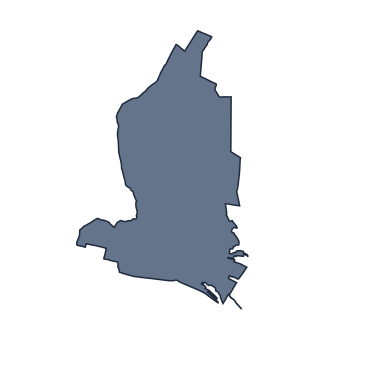 Roscani, Iasi, Romania (Equal Earth projection), rotated 47°
{"feature_id": "2599482B5254069249986", "entity_name": "Roscani", "entity_type": "district", "adm_level": 2, "iso_a3": "ROU", "parent_name": "Romania", "parent_adm1": "Iasi", "projection": "equal_earth", "projection_center": [27.437, 47.451], "detail": "fine", "context": "isolated", "style": "filled", "palette": "slate", "viewbox_px": 384, "rotation_deg": 47, "n_neighbors": 0, "source": "geoboundaries", "source_scale": "gbopen_adm2", "svg_char_len": 6027}
<svg xmlns="http://www.w3.org/2000/svg" viewBox="0 0 384 384"><g transform="rotate(47 192 192)"><path d="M80.8,123.9L80.8,126.3L82.3,130.2L82.8,132.0L83.7,134.3L84.6,136.0L86.3,140.3L86.6,140.2L86.9,141.3L87.0,142.4L86.9,145.0L86.4,147.4L86.2,149.6L86.0,151.6L86.0,153.8L86.5,157.7L86.2,159.5L86.3,163.7L86.2,166.1L85.9,167.6L85.7,168.1L83.7,170.8L83.3,171.6L82.7,173.0L81.3,178.3L80.4,182.6L80.4,183.1L80.6,183.8L80.9,184.9L81.3,185.7L83.3,192.1L83.4,192.3L84.2,193.6L85.2,195.8L85.6,196.2L88.2,197.5L89.2,198.5L89.9,199.0L91.9,199.7L93.2,200.3L94.0,201.0L95.0,202.2L96.3,204.2L97.4,205.2L97.9,206.1L99.8,207.9L101.8,209.3L104.3,211.0L112.3,217.9L113.2,218.6L117.3,221.0L121.0,223.1L123.0,224.4L123.7,224.8L126.6,227.3L129.9,228.9L131.5,229.9L132.6,230.4L134.9,231.7L136.3,232.4L138.2,233.4L140.2,234.8L141.7,235.7L142.1,235.8L142.7,235.8L145.3,235.3L145.9,235.1L146.6,234.7L146.9,234.6L147.2,234.6L148.1,234.8L148.4,234.9L148.9,235.3L149.6,235.4L150.0,235.3L151.1,234.9L151.4,234.9L152.5,235.3L153.7,236.1L155.6,237.0L157.7,237.7L159.3,238.3L159.8,238.5L160.9,238.6L161.0,239.2L161.1,239.6L161.5,240.2L161.9,240.7L163.4,242.0L164.0,242.6L165.7,243.7L166.9,244.3L169.1,245.7L170.0,246.4L170.8,247.8L171.2,248.6L171.6,249.0L172.1,249.1L172.6,249.3L173.4,250.8L173.5,251.4L173.2,251.8L171.8,252.9L171.7,253.1L171.3,255.3L171.3,256.0L171.3,256.4L171.1,256.8L170.6,257.2L169.8,257.8L169.6,258.0L168.6,260.3L168.2,260.9L167.0,261.9L164.5,263.4L164.1,263.8L164.0,264.2L163.8,265.3L163.3,267.1L163.3,267.5L163.9,269.9L164.8,272.5L164.9,272.9L164.7,272.9L161.0,273.5L159.8,273.6L158.8,273.6L157.8,273.3L155.8,274.1L153.9,275.0L152.8,275.6L150.5,277.3L148.8,278.2L147.3,278.8L147.0,279.1L146.8,279.3L146.1,281.9L145.8,283.3L145.5,285.8L145.2,287.2L145.2,287.5L144.8,288.9L143.3,295.0L143.5,297.2L143.3,299.4L143.3,300.1L146.5,303.3L147.2,304.1L147.9,305.7L148.3,306.4L148.8,307.5L149.1,308.3L150.4,310.7L150.9,311.3L151.4,311.8L151.9,312.1L152.8,312.3L156.5,309.6L159.6,307.7L157.8,304.6L161.9,301.7L162.8,301.1L165.7,298.9L169.1,296.7L170.9,295.4L173.1,294.1L174.7,293.2L177.7,297.3L179.2,299.7L179.8,300.8L180.6,302.0L180.9,302.1L181.1,302.0L183.5,300.0L184.9,299.1L185.9,298.7L187.4,297.7L191.1,295.1L192.5,294.2L194.0,294.9L194.5,295.2L194.9,295.8L195.5,296.8L196.0,297.0L196.6,297.4L198.7,298.2L200.3,299.1L201.2,299.8L202.3,299.1L204.6,298.0L206.1,297.0L208.9,295.4L210.0,294.6L211.4,293.7L213.6,292.5L224.5,283.4L225.9,282.1L227.0,281.2L228.3,280.1L241.1,269.4L244.1,266.2L245.1,264.3L246.3,263.2L250.0,262.2L268.6,253.9L272.9,252.3L274.7,251.8L276.3,251.4L282.0,250.4L290.7,248.6L290.4,248.0L290.1,247.9L288.3,248.2L285.7,248.4L282.5,248.3L280.2,248.5L277.4,248.5L275.9,248.9L275.5,248.1L275.3,247.6L276.3,247.3L277.2,247.2L285.1,246.8L287.1,246.8L287.0,246.4L286.7,246.1L284.2,246.0L276.2,246.6L275.4,246.7L273.6,247.3L271.5,248.2L271.2,247.2L271.0,246.8L270.8,246.7L269.5,246.7L268.5,246.9L266.0,247.8L265.6,247.8L265.1,246.3L266.8,245.9L266.4,245.1L266.7,244.5L267.3,244.1L267.7,244.0L270.5,243.9L271.0,243.8L271.5,243.6L271.9,243.3L272.3,242.5L272.6,242.2L273.5,241.5L276.3,240.7L277.7,240.6L278.4,240.5L280.4,241.9L280.5,242.0L280.8,241.9L282.4,241.4L283.6,241.3L284.0,241.4L284.7,241.8L286.5,241.9L287.3,242.0L288.3,243.0L288.8,243.2L294.7,245.4L293.5,240.7L291.8,235.8L291.7,235.1L295.0,235.7L296.3,235.6L297.9,235.2L300.6,234.9L302.9,235.5L310.7,235.6L310.6,235.3L308.0,235.4L305.4,235.3L303.4,235.4L300.6,234.8L298.1,235.0L295.8,235.4L295.0,235.4L292.7,235.0L291.2,229.6L290.2,226.6L288.7,221.2L284.8,222.6L280.2,224.2L279.9,223.9L279.5,223.0L279.6,222.7L279.5,222.4L279.4,222.3L278.8,222.3L278.7,221.8L278.7,221.6L281.5,220.7L281.4,220.0L285.5,218.4L287.0,217.9L287.1,217.6L286.9,217.4L286.9,217.2L287.3,217.0L286.0,209.9L284.4,203.2L277.9,205.5L276.9,205.9L271.7,209.0L271.6,208.0L271.3,207.5L270.9,207.2L270.6,207.1L267.8,208.9L265.7,210.4L264.9,210.8L264.5,210.1L269.1,207.1L267.4,204.9L267.5,204.7L268.1,204.3L269.3,203.5L269.4,203.4L269.2,202.8L269.2,202.6L269.3,202.4L270.9,201.1L274.1,198.2L272.8,196.6L273.3,196.2L274.2,195.8L276.3,195.2L277.1,195.1L277.0,194.8L275.8,194.5L275.0,194.5L272.8,195.3L271.1,195.6L270.8,195.5L270.4,195.1L270.2,195.0L268.9,196.0L268.0,196.7L266.1,198.6L265.9,198.9L265.6,199.8L265.6,200.1L265.6,200.4L266.0,201.2L266.1,201.4L266.0,201.6L264.8,202.5L264.5,204.7L264.2,205.3L263.0,206.2L262.3,206.6L261.5,205.4L260.6,204.4L259.5,202.6L259.6,202.4L260.6,201.8L261.3,201.2L261.2,201.0L261.1,200.6L260.8,200.1L260.2,199.3L260.7,198.7L260.9,197.8L260.7,196.6L260.8,196.1L261.1,195.7L262.4,194.4L262.5,194.2L262.5,193.8L262.3,193.5L261.5,192.6L260.9,192.0L260.3,191.6L259.3,191.0L258.9,190.9L257.8,190.7L257.0,190.5L256.6,190.3L255.2,190.3L254.9,190.3L253.9,189.8L253.6,189.8L252.7,190.0L252.0,190.0L251.8,190.0L251.0,189.3L250.8,189.3L248.5,190.3L247.4,189.5L247.2,189.3L247.0,188.8L246.5,188.0L246.3,187.7L246.9,184.9L247.7,184.4L248.0,184.3L248.6,184.3L249.0,183.4L247.9,183.1L247.2,182.7L241.3,182.4L240.9,182.3L240.5,182.1L240.1,182.5L239.4,184.0L239.1,184.2L238.1,184.4L237.9,184.4L237.7,184.1L237.3,184.1L236.8,183.9L236.6,183.8L236.0,183.9L235.1,183.4L233.6,182.8L232.8,182.6L232.0,182.7L231.6,181.6L230.9,180.8L226.0,177.4L223.4,175.8L224.9,174.2L232.7,168.2L234.6,166.6L232.8,165.4L228.9,163.1L224.5,160.4L222.8,159.5L222.1,159.1L221.9,158.7L221.3,157.4L219.9,155.7L219.1,154.4L211.6,145.7L210.2,144.0L205.6,139.2L202.2,135.8L199.9,133.1L199.2,133.4L189.0,136.1L149.1,98.5L148.0,99.8L145.1,102.8L141.7,106.7L141.4,107.0L141.2,107.1L140.9,107.1L139.8,107.0L137.3,106.4L132.9,105.6L131.8,104.1L130.3,101.2L129.6,100.7L128.7,100.8L126.5,101.9L118.7,104.8L115.9,105.9L113.0,107.0L112.8,107.0L111.9,105.8L107.2,100.6L100.5,93.2L96.6,89.1L96.4,88.8L96.2,88.2L95.9,86.2L95.1,83.3L94.9,82.7L94.8,81.7L94.7,80.9L94.2,79.8L93.6,78.8L93.3,78.0L93.2,77.5L93.1,75.4L92.9,74.3L92.3,72.3L91.9,71.7L78.0,77.9L78.3,79.4L83.8,100.5L84.1,101.3L75.3,102.4L73.7,102.8L73.3,103.1L75.5,109.7L75.6,110.2L76.1,111.6L78.4,117.9L80.8,123.9Z" fill="#64748b" stroke="#1e293b" stroke-width="1.5"/></g></svg>